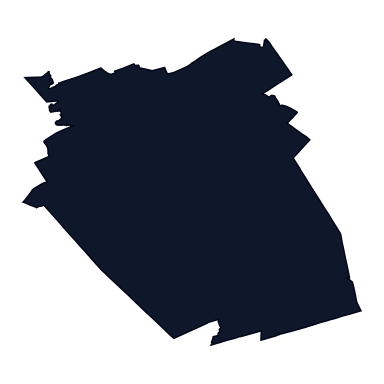 the district of Trivalea-Mosteni, Teleorman, Romania
{"feature_id": "2599482B61439270983538", "entity_name": "Trivalea-Mosteni", "entity_type": "district", "adm_level": 2, "iso_a3": "ROU", "parent_name": "Romania", "parent_adm1": "Teleorman", "projection": "robinson", "projection_center": [25.216, 44.27], "detail": "fine", "context": "isolated", "style": "filled", "palette": "ink", "viewbox_px": 384, "rotation_deg": 0, "n_neighbors": 0, "source": "geoboundaries", "source_scale": "gbopen_adm2", "svg_char_len": 5623}
<svg xmlns="http://www.w3.org/2000/svg" viewBox="0 0 384 384"><path d="M361.0,310.8L360.8,310.5L359.4,307.7L357.4,303.6L356.7,301.8L356.2,299.8L355.0,293.3L353.5,286.2L352.4,282.2L352.2,281.9L351.4,281.3L347.2,278.0L347.8,277.8L349.5,277.9L349.4,277.1L347.4,267.3L344.7,254.9L343.7,249.6L342.2,242.9L340.7,234.6L340.7,234.4L339.9,232.7L331.8,219.7L328.7,214.5L325.3,209.4L318.8,199.0L313.4,190.6L308.4,182.6L306.0,178.6L300.9,170.7L299.6,168.2L295.0,161.0L293.2,157.9L308.4,141.3L309.8,139.8L306.2,136.7L302.0,134.0L299.4,132.1L294.9,128.9L287.7,123.5L287.5,123.3L287.5,122.9L288.2,122.1L293.4,116.8L295.5,114.4L296.6,113.2L297.3,112.5L297.3,112.3L297.2,112.1L290.6,108.3L287.2,106.7L285.3,106.0L284.0,105.7L282.2,105.2L281.6,105.3L280.5,105.6L280.0,105.5L279.4,105.2L279.0,104.8L279.2,104.1L279.2,103.9L279.0,103.5L278.5,103.0L277.9,101.3L275.2,97.5L275.0,96.5L274.8,96.2L274.4,95.9L273.5,95.6L272.0,95.4L271.3,95.4L271.0,95.6L269.7,97.0L269.1,97.1L268.6,96.9L265.2,94.7L264.7,94.6L263.3,94.7L261.9,94.1L265.6,91.7L265.9,91.6L267.7,90.5L276.8,84.4L291.0,75.4L291.8,74.8L290.2,72.6L288.6,70.1L285.2,65.4L281.5,59.9L279.3,57.0L276.9,53.4L275.1,51.1L273.0,48.0L271.7,46.2L269.9,43.3L267.7,40.6L266.8,39.7L266.1,39.1L265.9,39.0L265.6,39.0L265.4,39.4L265.4,39.6L265.4,39.9L266.1,40.4L266.1,40.5L265.6,40.5L264.8,40.2L264.6,40.2L264.5,40.4L264.4,40.4L264.3,42.4L263.9,44.0L263.6,46.8L263.5,47.0L263.0,47.2L261.8,47.4L260.2,46.9L259.4,46.9L259.7,45.5L259.7,45.1L259.6,44.7L259.2,44.5L253.5,43.7L248.9,43.2L234.5,41.2L234.0,41.0L233.9,40.8L233.9,38.9L226.2,43.1L220.5,46.0L214.3,49.4L210.1,51.5L207.3,53.1L199.3,58.1L195.2,61.1L192.1,62.9L191.5,63.3L191.0,64.0L188.2,66.0L180.6,69.5L174.8,72.1L172.1,73.0L167.4,74.0L166.0,71.0L164.6,67.5L152.8,70.6L151.8,70.6L147.7,69.6L139.7,67.9L138.6,65.3L135.1,65.4L134.6,64.9L134.0,64.1L133.8,63.9L133.6,64.0L125.7,67.2L124.7,67.7L114.6,71.2L115.4,72.6L115.8,73.0L113.4,73.5L110.9,74.4L109.4,74.0L107.9,73.3L107.5,73.3L107.3,73.2L106.2,72.2L103.6,70.4L100.9,68.0L95.6,70.0L89.3,72.6L76.8,77.2L69.1,79.7L65.9,80.7L60.9,82.5L59.5,83.0L58.8,83.1L58.8,84.0L58.6,84.4L58.4,84.5L58.1,84.7L56.6,85.0L56.2,85.3L55.5,86.2L54.5,86.9L54.3,87.0L53.5,87.1L52.5,87.4L51.4,88.2L50.1,88.8L49.3,88.7L48.8,88.5L48.7,88.2L48.7,87.9L48.9,87.2L49.5,85.4L49.7,85.1L50.0,84.8L51.5,84.3L52.0,84.0L53.2,83.0L53.3,82.6L52.7,81.3L52.6,80.3L52.4,79.8L51.7,78.9L51.0,78.3L50.4,77.3L50.5,76.7L50.7,76.2L50.7,75.8L50.5,75.5L50.1,75.5L49.9,75.3L49.8,74.5L49.3,73.5L49.1,73.3L49.1,73.0L49.0,72.7L49.0,71.8L49.0,71.6L48.5,71.6L48.2,71.8L47.2,73.1L46.6,73.5L46.2,73.6L45.2,74.6L43.5,75.9L42.5,76.6L41.4,77.0L40.1,77.2L38.4,77.2L24.9,77.6L34.0,87.6L41.5,96.1L46.7,101.9L56.9,101.0L57.5,100.9L57.8,100.9L58.0,101.0L58.0,101.6L57.7,102.2L57.3,102.5L54.9,104.3L53.6,105.1L53.1,105.6L53.1,105.8L52.7,105.8L52.4,105.5L52.0,104.8L52.0,104.3L52.0,104.2L51.5,104.1L51.1,104.2L50.7,104.5L50.2,105.2L49.9,105.7L49.8,106.3L49.2,106.3L49.1,106.6L49.0,106.8L49.1,107.2L49.5,107.9L49.5,108.1L49.3,108.7L49.9,109.2L49.8,109.8L49.5,110.1L49.5,110.3L50.0,111.2L51.0,112.2L52.4,111.8L53.0,111.8L54.2,111.4L54.6,111.3L55.0,111.5L56.4,111.0L56.6,110.7L56.3,110.2L56.5,110.1L57.0,110.3L57.4,110.8L57.4,111.3L57.7,111.4L58.1,111.1L58.7,110.3L58.7,109.9L58.9,109.5L59.2,109.4L59.7,109.7L59.8,109.8L59.9,110.5L59.7,110.9L59.7,111.1L59.8,111.2L60.9,111.4L61.0,111.7L61.0,112.1L61.3,112.3L61.2,113.0L61.3,114.0L61.0,114.3L60.3,114.4L60.2,114.7L61.0,115.6L61.3,116.2L62.1,116.7L62.2,116.9L62.2,117.3L61.9,117.6L61.5,117.5L61.6,118.0L61.8,118.2L61.8,118.4L61.4,118.8L60.8,119.0L60.2,119.6L59.8,119.8L59.2,120.3L58.1,120.9L57.5,121.1L56.8,121.0L56.6,121.1L56.4,121.4L56.4,121.9L55.7,122.2L55.4,122.6L55.5,123.3L56.0,124.4L56.3,124.7L56.7,124.9L57.6,125.1L60.7,125.2L63.4,125.0L64.8,125.1L65.2,125.1L65.7,125.2L66.4,125.5L66.8,125.4L67.5,125.1L68.7,125.3L69.6,124.9L70.4,125.1L70.6,125.5L72.1,125.5L72.7,125.9L72.0,126.3L71.3,126.5L70.4,126.8L69.9,127.1L62.5,130.2L59.0,131.8L55.7,133.4L46.5,139.3L44.9,140.4L44.3,140.9L44.0,141.5L44.1,142.1L44.4,142.8L46.5,145.5L46.9,146.5L47.5,147.3L47.9,148.9L48.0,149.7L48.0,150.8L48.1,153.4L48.5,154.6L48.7,155.2L49.4,156.3L34.9,162.6L34.9,163.0L47.2,182.0L44.3,182.8L42.3,183.6L33.9,188.6L32.3,190.0L31.7,191.0L30.7,192.5L24.4,200.7L23.0,202.1L25.6,203.0L30.3,205.1L35.5,207.0L36.0,207.3L36.3,207.7L39.9,206.1L41.1,206.2L41.8,206.0L43.8,205.0L49.5,211.5L60.0,223.2L63.1,227.0L70.9,235.7L75.3,240.5L80.2,246.2L83.4,249.6L86.1,252.7L89.7,256.7L91.4,258.8L101.8,270.3L103.7,272.0L113.7,281.6L114.5,282.3L124.0,291.2L128.4,295.2L131.7,298.6L137.1,303.7L137.9,304.4L139.6,306.1L144.9,311.2L153.1,318.7L159.6,324.9L169.6,334.5L173.7,338.2L174.0,338.3L205.4,324.0L207.3,323.1L207.3,322.9L209.9,321.9L216.1,320.1L218.5,319.3L218.5,319.9L218.3,321.6L220.1,326.6L220.5,327.0L220.6,327.3L220.6,328.3L220.4,328.5L219.7,328.9L219.4,329.3L219.3,329.5L219.3,330.0L219.6,331.0L220.1,331.4L220.2,331.8L219.9,332.1L219.1,332.3L218.3,333.1L218.1,333.5L218.0,334.5L218.2,335.5L213.2,336.7L213.0,338.1L211.8,341.4L211.5,342.6L211.6,342.9L212.3,343.2L212.3,343.5L211.9,344.4L211.6,344.7L211.1,344.9L211.0,345.1L218.6,342.8L219.9,342.6L222.2,341.7L229.8,339.5L233.5,338.6L236.3,337.8L238.0,337.2L238.3,336.3L239.3,336.7L240.7,336.6L261.4,330.8L261.2,333.1L260.9,340.1L261.5,340.0L265.9,338.8L267.6,338.1L268.9,337.9L274.1,336.4L275.4,336.0L275.7,336.0L275.7,335.9L277.1,335.2L279.0,334.7L280.6,334.0L283.3,333.4L286.7,332.4L290.1,331.6L304.4,327.6L310.6,325.6L311.6,325.4L320.8,322.4L326.9,320.8L330.4,319.6L332.9,319.0L335.3,318.4L342.8,315.9L348.2,314.5L357.9,311.7L361.0,310.8Z" fill="#0f172a" stroke="#020617" stroke-width="1.5"/></svg>